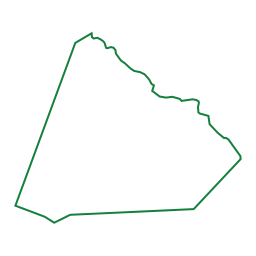 Stephens, Georgia, United States of America (Equal Earth projection)
{"feature_id": "52423323B73153598603118", "entity_name": "Stephens", "entity_type": "district", "adm_level": 2, "iso_a3": "USA", "parent_name": "United States of America", "parent_adm1": "Georgia", "projection": "equal_earth", "projection_center": [-83.254, 34.574], "detail": "fine", "context": "isolated", "style": "outline", "palette": "green", "viewbox_px": 256, "rotation_deg": 0, "n_neighbors": 0, "source": "geoboundaries", "source_scale": "gbopen_adm2", "svg_char_len": 732}
<svg xmlns="http://www.w3.org/2000/svg" viewBox="0 0 256 256"><path d="M54.2,222.7L70.2,214.8L193.7,209.1L240.6,159.1L240.4,156.1L228.4,139.4L225.7,137.8L224.1,138.1L217.7,132.8L209.6,124.2L208.4,115.9L199.7,113.5L198.4,112.3L198.0,107.0L198.6,104.3L198.9,102.7L198.6,101.4L196.4,100.0L192.6,99.3L181.6,100.9L179.8,98.9L172.3,96.8L166.1,97.6L159.6,96.5L152.2,90.9L153.9,85.6L153.9,85.4L151.5,83.9L149.1,79.4L144.7,74.4L140.3,72.2L134.1,70.9L130.4,68.4L124.9,63.3L120.9,60.5L115.9,53.6L115.5,50.2L113.5,47.7L110.8,47.1L107.4,48.2L106.1,47.9L104.7,43.3L104.2,42.3L102.9,41.0L100.4,39.3L97.3,37.8L93.6,38.5L92.0,37.2L91.8,35.7L91.6,33.3L75.3,42.9L15.4,205.7L44.6,216.7L54.2,222.7Z" fill="none" stroke="#15803d" stroke-width="2"/></svg>